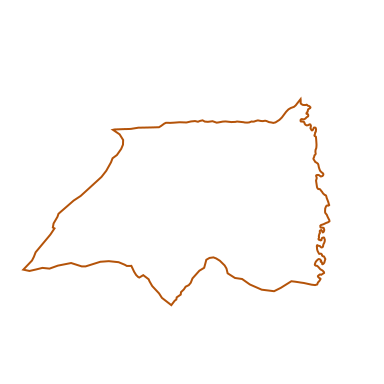 the district of Tilisca, Sibiu, Romania, rotated 103°
{"feature_id": "2599482B67392717014509", "entity_name": "Tilisca", "entity_type": "district", "adm_level": 2, "iso_a3": "ROU", "parent_name": "Romania", "parent_adm1": "Sibiu", "projection": "robinson", "projection_center": [23.731, 45.777], "detail": "fine", "context": "isolated", "style": "outline", "palette": "amber", "viewbox_px": 384, "rotation_deg": 103, "n_neighbors": 0, "source": "geoboundaries", "source_scale": "gbopen_adm2", "svg_char_len": 5539}
<svg xmlns="http://www.w3.org/2000/svg" viewBox="0 0 384 384"><g transform="rotate(103 192 192)"><path d="M253.9,49.2L252.9,49.1L251.8,48.9L250.6,48.2L250.3,48.0L249.2,47.6L247.8,47.2L247.4,47.6L247.4,48.2L246.8,49.3L246.5,49.7L246.2,50.2L245.7,50.4L245.2,50.2L244.3,49.5L243.6,48.9L243.5,48.5L243.6,48.0L243.6,47.5L242.7,46.6L241.8,45.7L241.2,45.1L240.5,45.3L239.9,46.0L239.2,47.1L238.8,48.2L238.6,49.1L238.2,49.9L237.6,50.7L236.7,51.9L236.1,52.9L235.8,53.6L235.9,54.3L235.9,55.0L235.5,55.8L235.1,56.0L233.9,56.0L232.2,55.7L231.1,55.2L229.7,54.3L228.9,53.6L228.8,53.2L228.8,52.4L229.2,51.6L229.8,50.8L230.2,50.6L230.5,50.7L230.6,50.8L230.9,50.9L231.0,50.8L231.3,50.1L231.4,49.6L232.0,49.2L232.5,49.1L233.0,48.8L233.0,48.5L232.6,48.0L231.8,47.5L231.0,47.2L228.5,47.1L227.5,47.0L227.2,47.1L226.3,47.9L225.6,48.5L225.2,48.8L225.1,49.1L225.1,49.8L225.1,50.3L224.8,50.7L224.5,51.1L223.8,51.3L223.3,51.9L223.1,52.5L223.2,53.0L223.6,53.7L223.6,54.3L222.9,54.9L222.1,55.6L221.3,56.3L219.7,57.2L218.2,57.7L217.5,57.9L216.7,58.2L215.9,58.2L215.6,57.7L216.0,56.9L215.9,56.1L215.9,55.3L216.4,54.6L216.8,53.9L216.9,53.3L216.7,52.8L216.0,52.2L215.4,52.1L214.4,52.2L213.0,52.1L212.0,51.8L211.5,51.7L209.9,51.6L208.5,51.9L206.8,53.0L206.7,53.5L207.1,54.3L207.7,55.0L208.6,55.1L209.8,55.1L210.2,55.7L210.2,56.2L209.9,56.7L210.0,57.5L209.7,58.0L209.2,58.2L208.5,58.1L208.0,58.0L207.6,58.0L207.0,58.2L206.6,58.5L205.5,58.5L204.3,58.5L203.2,58.1L202.3,58.5L201.0,58.7L200.5,58.3L200.0,57.5L200.5,56.7L201.5,56.0L201.9,55.4L201.6,55.0L200.9,54.7L200.0,54.6L199.2,54.6L197.9,55.3L197.4,55.7L197.4,56.8L197.6,58.0L197.7,58.6L197.3,59.0L196.0,59.4L195.6,59.1L195.2,58.9L193.8,56.6L191.8,54.1L191.1,52.9L190.3,52.1L189.7,51.5L189.2,51.6L188.5,51.9L186.6,53.5L185.5,54.4L183.8,55.6L183.3,56.3L182.4,57.4L181.7,57.8L179.9,58.2L178.1,58.5L176.1,58.2L175.1,57.8L174.7,57.2L174.7,56.4L174.5,55.9L174.0,55.4L173.4,55.6L173.1,55.9L170.9,57.1L169.0,58.4L167.7,59.3L166.0,60.2L165.5,60.5L165.2,60.8L165.0,61.4L165.0,62.1L164.5,62.9L163.9,64.0L162.9,65.0L162.5,65.4L162.1,66.0L161.1,67.2L160.6,67.8L160.5,68.2L160.5,68.9L160.7,69.4L160.6,69.9L160.4,70.2L159.7,70.9L159.1,71.3L156.3,72.4L154.8,73.0L153.0,73.7L151.1,73.6L150.4,73.6L149.7,73.9L149.2,74.2L148.9,74.4L148.4,74.7L148.1,74.7L147.6,74.5L147.4,74.1L147.0,73.0L147.0,72.1L147.3,71.5L147.6,70.8L147.9,69.9L147.5,69.2L147.1,68.5L146.1,68.0L145.1,68.0L144.4,68.5L143.9,69.6L143.5,70.4L142.8,71.6L141.6,72.6L139.5,73.9L137.5,74.8L136.9,75.1L136.1,75.7L135.7,76.6L135.3,77.4L135.1,78.5L134.5,79.1L133.9,79.7L133.3,80.3L132.9,80.8L132.1,81.2L131.4,81.1L130.5,80.9L129.6,80.9L128.7,80.9L128.0,80.4L127.6,80.2L126.9,80.1L125.1,80.8L124.2,80.9L123.3,81.1L121.4,80.8L120.3,80.9L119.0,81.1L117.6,81.4L115.6,82.0L113.3,82.7L111.1,83.4L110.5,83.6L110.2,83.9L110.0,84.4L109.9,85.0L109.4,85.4L108.6,85.4L107.7,85.2L106.8,85.3L106.3,85.4L105.8,85.2L105.4,84.9L104.9,85.0L104.1,85.1L103.1,85.2L102.5,85.5L101.8,85.9L101.6,86.2L101.6,87.0L101.8,87.6L102.1,87.8L103.0,87.9L103.7,88.1L104.5,88.3L105.0,88.9L104.9,89.3L104.3,89.9L103.4,90.8L102.3,91.0L101.7,90.9L101.1,91.0L100.6,91.1L99.6,91.9L99.6,92.5L99.9,93.0L100.6,93.6L101.3,95.1L101.0,96.5L100.1,97.6L99.1,98.1L98.5,98.8L98.5,100.1L98.7,101.0L98.8,101.7L98.5,102.1L97.5,102.4L96.9,102.2L96.4,101.8L96.2,101.2L96.2,100.4L96.1,99.7L95.9,99.1L95.3,98.4L94.6,97.8L93.8,97.4L93.3,97.0L92.9,96.6L92.5,96.2L92.1,95.9L91.7,95.9L91.0,96.0L90.3,96.4L90.0,97.0L90.1,97.8L89.9,98.1L89.1,98.1L88.6,98.0L88.3,97.7L87.8,97.4L87.3,97.4L86.5,97.5L85.3,97.4L84.4,96.5L83.7,95.8L83.2,95.6L82.8,95.7L82.2,96.6L82.0,96.9L81.9,97.7L81.9,98.4L81.8,98.7L81.5,99.1L81.2,99.6L81.2,100.1L81.6,100.6L82.0,102.1L82.2,103.5L82.0,104.3L81.7,105.3L81.0,106.1L78.0,106.8L77.1,107.1L82.4,109.6L84.2,110.4L86.1,111.8L87.9,114.6L89.8,116.6L92.6,118.3L99.2,121.2L102.0,123.0L105.4,126.3L106.4,128.3L106.4,129.1L106.4,130.6L106.6,132.6L106.1,135.3L106.1,136.8L107.0,138.9L107.3,140.8L107.4,143.9L108.4,145.8L109.4,147.4L109.8,148.6L109.9,149.8L111.3,151.9L111.9,153.6L112.4,156.0L112.4,157.4L113.2,164.0L113.9,165.4L115.0,169.4L115.7,175.2L116.5,177.9L118.3,182.0L118.9,183.6L118.7,185.3L118.4,187.9L119.8,191.6L120.1,192.5L120.5,195.4L119.8,197.8L121.0,200.3L122.2,202.0L122.2,205.0L123.5,208.9L125.5,213.0L126.8,219.7L128.6,225.5L129.5,228.6L130.4,232.9L131.6,234.4L134.5,236.9L136.3,238.7L137.9,244.8L139.8,252.3L141.4,258.7L144.2,265.6L144.8,267.6L145.9,272.0L148.5,281.6L149.2,283.0L152.1,275.5L156.8,270.8L161.4,269.9L166.0,270.7L172.9,273.5L177.0,277.0L181.3,277.6L190.6,280.3L197.7,283.6L211.8,293.3L220.9,299.6L227.0,305.4L233.9,310.4L240.9,315.5L243.3,317.2L246.4,317.5L253.8,319.8L257.9,319.6L258.4,317.8L265.3,320.4L269.1,322.3L275.6,325.6L285.9,330.8L290.8,331.5L294.8,332.5L305.6,338.9L305.5,332.6L302.6,326.6L299.6,320.7L298.7,313.6L293.9,306.1L288.4,293.8L289.3,282.7L288.4,278.9L280.6,265.6L278.1,257.5L276.9,247.7L278.0,241.2L278.7,238.9L277.8,235.1L277.6,234.5L282.8,230.4L285.5,227.7L287.0,225.2L287.2,224.1L284.0,220.8L285.7,217.0L286.8,214.6L288.6,213.3L292.6,209.6L298.2,201.3L301.9,197.5L306.9,186.7L301.8,184.4L300.3,183.1L298.1,183.2L294.5,179.9L292.1,180.2L288.7,178.0L285.7,176.9L283.5,174.2L280.7,172.8L276.1,172.1L267.0,167.1L264.0,164.0L263.1,163.1L257.9,162.9L254.8,162.8L252.3,160.1L250.9,156.4L251.3,153.5L252.7,149.4L256.2,143.7L258.8,141.2L263.2,139.0L266.1,130.8L265.5,123.6L269.1,114.8L271.5,102.1L270.2,89.7L265.4,83.9L259.6,78.1L256.6,75.1L256.2,71.4L255.9,67.6L255.8,65.9L255.5,62.6L255.4,54.6L255.0,51.1L253.9,49.2Z" fill="none" stroke="#b45309" stroke-width="2"/></g></svg>